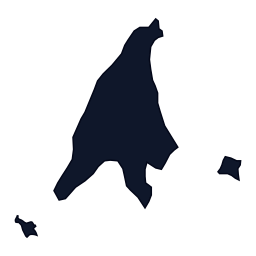 the district of Labuan, Labuan, Malaysia
{"feature_id": "92858781B93759904190294", "entity_name": "Labuan", "entity_type": "district", "adm_level": 2, "iso_a3": "MYS", "parent_name": "Malaysia", "parent_adm1": "Labuan", "projection": "robinson", "projection_center": [115.205, 5.305], "detail": "fine", "context": "isolated", "style": "filled", "palette": "ink", "viewbox_px": 256, "rotation_deg": 0, "n_neighbors": 0, "source": "geoboundaries", "source_scale": "gbopen_adm2", "svg_char_len": 1562}
<svg xmlns="http://www.w3.org/2000/svg" viewBox="0 0 256 256"><path d="M169.6,154.4L174.0,150.1L177.8,147.2L164.6,125.8L160.1,111.6L157.6,103.0L157.6,93.0L155.1,85.9L152.5,80.2L150.7,69.5L149.4,59.5L150.7,46.7L154.4,40.3L158.2,37.4L162.7,36.0L162.0,31.0L158.9,28.8L158.2,21.0L155.7,18.9L148.8,27.4L139.9,27.4L134.2,31.0L127.9,40.3L124.8,45.3L121.6,53.8L112.1,65.2L103.3,73.8L97.6,80.9L94.4,89.5L89.4,101.6L85.0,112.3L81.2,118.7L73.0,137.3L73.6,149.4L72.3,159.4L67.3,167.9L62.2,175.8L57.8,182.9L54.0,190.7L59.1,200.0L65.4,198.6L75.5,187.2L85.0,180.8L93.2,173.6L98.2,166.5L104.5,160.8L110.2,160.1L117.8,160.8L122.9,168.6L124.8,177.2L126.6,185.8L130.4,190.0L138.0,197.2L145.0,207.9L148.8,201.4L151.3,195.0L151.3,187.2L145.6,182.9L145.0,176.5L145.0,169.3L146.9,162.2L155.7,167.9L161.4,169.3L165.2,162.9L169.6,154.4ZM230.9,158.1L225.3,156.7L223.3,160.4L222.0,164.9L220.4,168.6L218.0,171.8L219.6,173.6L223.3,173.6L227.7,173.6L231.7,175.4L235.4,178.2L239.0,180.0L238.2,174.1L237.8,168.6L240.2,164.9L240.6,160.8L236.6,160.8L230.9,158.1ZM23.0,221.2L21.3,220.1L19.5,219.4L18.2,218.6L17.8,217.3L18.0,216.0L17.3,215.8L16.9,216.9L16.2,218.2L15.5,219.6L15.4,220.7L15.7,222.0L17.2,222.4L18.5,222.2L21.0,224.6L21.7,225.9L22.3,228.2L22.8,230.0L24.6,233.6L25.8,236.0L27.0,237.1L29.4,234.7L30.9,234.3L32.9,234.3L35.2,234.7L36.9,235.3L36.1,233.0L35.2,231.3L34.4,230.2L33.2,229.1L34.1,227.6L35.7,226.3L35.2,225.2L34.2,225.2L33.4,224.2L32.6,222.9L31.8,222.0L30.4,222.0L29.4,222.4L28.4,222.7L26.3,223.3L24.5,222.4L23.0,221.2Z" fill="#0f172a" stroke="#020617" stroke-width="1.5"/></svg>